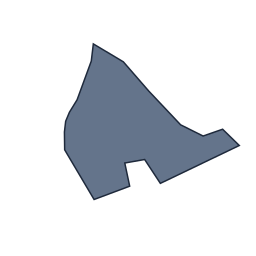 Saint Paul Capesterre, Equal Earth projection, rotated 319°
{"feature_id": "KNA-5107", "entity_name": "Saint Paul Capesterre", "entity_type": "Parish", "adm_level": 1, "iso_a3": "KNA", "parent_name": "Saint Kitts and Nevis", "parent_adm1": "", "projection": "equal_earth", "projection_center": [-62.833, 17.388], "detail": "fine", "context": "isolated", "style": "filled", "palette": "slate", "viewbox_px": 256, "rotation_deg": 319, "n_neighbors": 0, "source": "natural_earth", "source_scale": "10m", "svg_char_len": 385}
<svg xmlns="http://www.w3.org/2000/svg" viewBox="0 0 256 256"><g transform="rotate(319 128 128)"><path d="M55.5,159.7L65.9,102.9L77.4,89.3L85.4,82.0L94.1,77.7L108.1,73.3L144.2,53.4L157.0,41.8L167.9,75.0L167.9,113.7L169.8,160.1L179.4,183.3L198.6,191.0L200.5,214.2L116.1,191.0L119.9,162.7L102.6,152.3L91.1,173.0L55.5,159.7Z" fill="#64748b" stroke="#1e293b" stroke-width="1.5"/></g></svg>